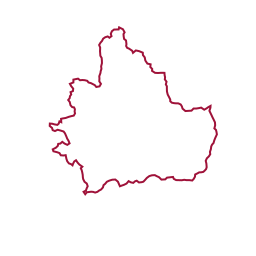 Guapiara, São Paulo, Brazil, rotated 138°
{"feature_id": "56859067B39220328701947", "entity_name": "Guapiara", "entity_type": "district", "adm_level": 2, "iso_a3": "BRA", "parent_name": "Brazil", "parent_adm1": "São Paulo", "projection": "mercator", "projection_center": [-48.549, -24.213], "detail": "fine", "context": "isolated", "style": "outline", "palette": "rose", "viewbox_px": 256, "rotation_deg": 138, "n_neighbors": 0, "source": "geoboundaries", "source_scale": "gbopen_adm2", "svg_char_len": 3117}
<svg xmlns="http://www.w3.org/2000/svg" viewBox="0 0 256 256"><g transform="rotate(138 128 128)"><path d="M91.4,209.8L93.9,209.0L94.8,206.5L96.1,205.1L97.4,203.8L98.7,202.1L100.2,200.2L100.7,197.7L102.2,195.7L104.0,193.6L106.7,191.8L108.2,189.7L110.3,188.5L111.7,187.3L114.7,185.7L116.1,183.9L118.1,181.9L118.6,178.9L121.3,178.0L124.1,179.7L124.0,182.1L125.5,186.1L126.9,188.3L126.7,190.3L128.1,192.4L129.8,194.2L131.7,195.6L132.1,198.1L136.2,200.5L138.1,198.4L141.6,199.7L142.2,197.3L142.4,193.9L144.2,192.3L146.7,193.1L147.8,190.9L149.8,190.5L151.4,189.2L153.7,188.8L153.9,186.3L155.5,183.4L155.5,180.9L154.3,179.4L154.9,177.5L156.7,175.9L157.6,174.3L160.0,173.5L162.3,174.8L164.5,175.9L167.7,177.2L170.0,178.7L171.6,179.6L173.7,177.0L174.5,178.8L176.6,177.6L178.4,177.6L180.3,180.0L181.4,181.8L183.1,183.6L184.8,181.9L184.4,178.9L185.4,176.8L184.3,174.6L181.5,173.8L179.8,171.2L178.2,168.5L178.4,166.2L179.5,162.9L180.3,160.8L180.7,158.5L181.7,155.7L184.4,156.1L185.6,159.0L186.1,161.7L188.7,161.7L190.5,162.9L192.1,161.7L194.8,161.6L198.2,162.5L199.0,160.6L196.8,157.3L195.7,155.2L196.2,152.7L194.3,150.7L192.5,149.5L194.4,146.3L195.4,143.9L195.6,141.2L194.5,139.3L194.2,137.4L192.5,138.3L190.3,139.1L188.2,138.8L188.6,136.1L188.6,133.4L187.8,129.8L190.0,129.7L190.6,127.7L191.6,125.8L193.0,123.5L194.5,121.6L195.5,120.0L196.3,117.1L195.8,114.3L196.9,111.7L198.9,110.9L201.1,109.7L203.7,110.3L204.1,107.4L201.6,107.8L199.6,106.4L198.0,105.3L196.7,103.9L195.6,102.0L193.4,101.0L191.6,100.9L189.1,100.3L186.4,100.6L184.4,101.9L182.3,101.8L179.7,102.2L177.1,101.4L174.3,100.1L171.9,98.2L171.4,94.9L172.3,92.2L173.0,90.1L171.2,89.4L169.1,88.5L166.3,87.7L163.1,88.1L162.3,85.8L160.8,83.7L158.5,83.7L156.8,83.0L156.3,80.2L154.1,78.6L152.5,77.8L149.9,78.0L147.4,78.3L144.3,78.0L141.8,76.8L139.6,75.0L138.8,72.8L137.9,70.8L137.7,67.3L134.7,64.9L132.2,65.0L129.4,63.0L127.3,61.5L128.0,59.6L127.1,57.1L125.1,55.2L123.0,53.2L120.9,51.9L119.4,50.1L117.1,48.0L115.4,46.0L113.2,46.2L110.8,47.0L109.2,48.5L106.7,47.8L104.8,47.4L103.1,46.0L101.4,45.0L99.6,45.0L97.5,45.2L95.8,46.2L93.5,49.2L92.2,51.6L89.7,52.7L86.9,52.8L84.4,53.5L83.1,55.4L80.6,56.8L78.5,58.6L76.6,59.4L74.5,59.6L72.3,61.0L70.1,62.1L67.8,63.1L66.2,63.8L64.8,66.0L63.9,67.8L64.1,69.9L61.4,71.7L59.6,74.0L58.8,76.7L58.0,79.6L57.4,81.5L56.7,83.9L56.0,86.3L53.2,87.9L51.9,89.2L54.5,89.8L56.5,90.0L59.1,90.6L60.0,94.2L62.1,95.4L64.1,96.7L66.3,98.6L69.2,98.4L74.0,102.2L74.5,105.9L73.5,108.0L73.1,110.2L74.1,112.6L76.0,114.4L77.2,115.7L78.5,117.5L78.7,119.6L77.5,121.0L76.8,123.5L76.1,126.3L74.6,129.1L72.9,131.1L71.2,133.0L70.7,135.1L68.4,136.6L68.1,139.5L66.5,140.9L65.4,142.8L64.0,144.6L66.6,147.0L68.9,148.8L71.0,150.9L71.9,154.4L70.5,155.7L70.6,158.4L68.6,160.2L70.5,162.9L70.0,166.5L68.3,169.3L68.1,172.2L66.6,174.1L68.4,177.8L70.3,180.4L74.0,180.5L73.2,182.6L74.1,186.2L75.0,188.2L74.5,190.2L73.0,191.4L70.9,194.4L71.3,196.8L69.9,199.0L68.5,200.8L66.5,201.4L65.7,204.8L67.3,208.7L69.0,207.5L72.5,210.5L75.2,210.7L77.8,209.5L78.8,207.3L81.4,207.5L81.8,209.6L84.2,210.7L86.7,211.0L89.0,210.1L91.4,209.8Z" fill="none" stroke="#9f1239" stroke-width="2"/></g></svg>